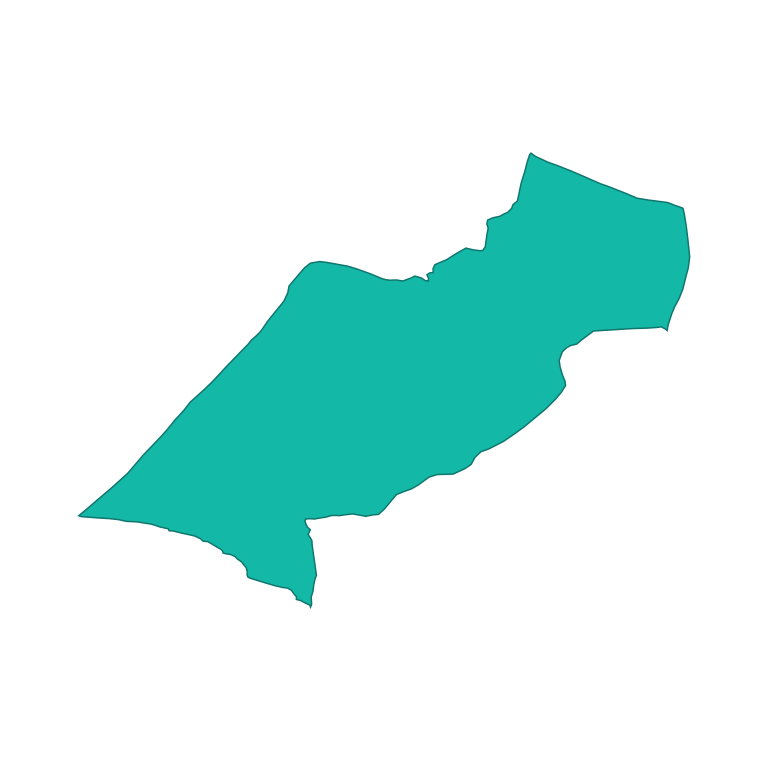 outline of Barclayville, Grand Kru, Liberia, rotated 354°
{"feature_id": "62588387B34130334496008", "entity_name": "Barclayville", "entity_type": "district", "adm_level": 2, "iso_a3": "LBR", "parent_name": "Liberia", "parent_adm1": "Grand Kru", "projection": "mercator", "projection_center": [-8.19, 4.713], "detail": "fine", "context": "isolated", "style": "filled", "palette": "teal", "viewbox_px": 768, "rotation_deg": 354, "n_neighbors": 0, "source": "geoboundaries", "source_scale": "gbopen_adm2", "svg_char_len": 3127}
<svg xmlns="http://www.w3.org/2000/svg" viewBox="0 0 768 768"><g transform="rotate(354 384 384)"><path d="M66.7,483.1L69.1,484.3L80.2,486.3L86.8,487.5L96.9,489.2L105.7,491.1L113.5,493.7L124.1,495.3L130.9,497.2L137.5,498.9L142.7,501.1L146.3,502.8L151.1,504.4L153.6,505.2L154.3,505.5L155.0,507.5L158.9,508.1L167.3,511.2L174.1,513.4L179.7,515.3L185.5,518.8L187.6,521.4L188.2,521.5L192.4,522.4L196.3,525.3L200.5,528.5L204.6,531.4L205.9,533.1L206.4,535.3L209.3,536.4L213.7,537.6L217.6,539.8L220.0,542.8L223.7,546.0L225.4,548.7L227.7,552.2L228.3,556.0L228.2,557.7L227.9,559.7L228.5,561.8L230.5,563.1L234.7,564.9L241.9,568.0L246.7,570.0L254.5,573.2L261.7,575.7L267.0,577.0L270.4,579.6L272.2,582.9L274.7,586.4L274.3,589.1L278.4,590.6L283.4,594.0L287.1,596.1L287.6,598.2L289.0,595.6L289.3,588.3L291.7,582.7L292.3,580.2L293.2,576.1L295.2,570.3L296.8,567.2L295.7,536.5L295.8,534.7L295.9,532.2L294.6,529.1L292.8,525.8L295.5,521.3L292.8,518.2L291.0,512.7L291.8,510.2L295.6,510.1L300.6,511.0L305.8,510.6L312.2,510.3L318.3,509.3L321.8,509.6L325.7,510.2L332.5,510.0L339.1,509.9L347.4,512.3L352.2,513.7L359.4,513.0L362.8,513.1L364.8,513.1L371.1,508.6L379.3,500.6L385.0,495.2L393.1,492.9L400.3,491.2L408.1,487.7L418.8,481.4L427.2,479.6L436.7,480.3L443.3,480.8L444.0,480.6L448.7,479.0L455.7,476.6L462.2,473.1L463.2,471.7L466.8,466.5L473.3,461.5L481.5,459.5L497.0,453.5L503.8,449.8L508.9,447.0L518.3,441.6L542.4,425.6L553.6,416.5L557.2,413.0L559.7,410.5L564.4,404.5L564.3,400.1L562.4,393.7L560.9,385.3L560.7,378.9L564.3,371.5L564.6,370.7L569.3,367.1L573.3,365.3L580.0,364.4L585.2,360.7L593.9,355.6L597.8,353.2L624.2,354.3L635.6,354.8L639.0,355.0L651.2,355.9L661.8,356.3L665.6,356.1L669.6,358.7L671.2,360.4L672.7,355.1L677.0,345.4L677.4,344.4L681.5,337.0L686.4,329.9L691.3,320.4L692.7,316.5L695.3,309.3L698.8,300.2L701.3,289.6L701.3,287.1L701.3,271.8L701.1,258.7L700.5,247.7L700.1,243.4L699.7,240.6L698.9,240.1L696.5,238.8L691.6,236.6L685.2,233.2L677.6,231.4L671.8,230.0L666.2,228.7L657.4,226.3L655.2,225.7L646.0,220.6L632.3,213.4L625.8,210.1L620.4,207.6L608.8,201.0L594.1,192.7L579.3,184.9L575.5,183.1L569.6,180.2L558.7,173.7L554.3,169.8L552.8,171.2L550.0,177.3L546.1,187.7L541.5,198.3L535.8,216.0L531.0,219.1L529.4,222.6L525.0,226.2L520.1,227.8L516.8,229.3L509.6,230.1L504.2,231.8L503.0,235.6L503.9,239.9L501.7,247.1L499.1,258.0L496.2,261.6L492.5,261.3L486.4,259.8L479.7,257.4L470.4,261.4L465.9,263.6L459.3,266.9L453.0,268.8L447.1,270.7L444.9,274.2L444.5,278.3L441.1,278.3L438.1,279.8L439.3,283.4L439.0,286.1L436.0,285.6L432.2,282.4L426.0,279.9L421.7,281.5L413.6,283.5L411.9,283.1L407.0,281.8L400.8,281.4L396.9,280.5L393.8,279.4L381.8,272.9L369.1,266.8L359.9,262.9L350.8,260.3L340.2,257.2L333.0,255.5L323.5,256.1L322.8,256.5L317.2,260.1L309.6,267.2L299.8,276.6L297.9,283.1L293.2,291.1L282.6,301.6L274.3,310.0L267.2,318.5L261.8,322.9L256.9,326.3L253.2,330.1L245.0,336.9L228.7,350.5L222.6,355.9L213.9,363.5L208.5,367.7L205.6,370.0L189.0,382.1L182.3,389.2L172.3,398.0L166.9,403.4L163.2,407.1L157.0,412.7L144.9,423.0L137.0,429.7L119.8,446.0L101.4,459.4L87.6,468.8L74.6,477.8L66.7,483.1Z" fill="#14b8a6" stroke="#0f766e" stroke-width="1.5"/></g></svg>